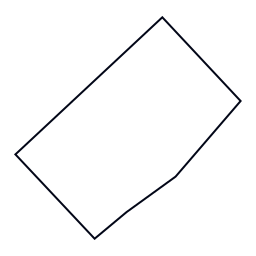 Rupea, Brasov, Romania (Mercator projection)
{"feature_id": "2599482B16674200014647", "entity_name": "Rupea", "entity_type": "district", "adm_level": 2, "iso_a3": "ROU", "parent_name": "Romania", "parent_adm1": "Brasov", "projection": "mercator", "projection_center": [25.268, 46.022], "detail": "fine", "context": "isolated", "style": "outline", "palette": "ink", "viewbox_px": 256, "rotation_deg": 0, "n_neighbors": 0, "source": "geoboundaries", "source_scale": "gbopen_adm2", "svg_char_len": 208}
<svg xmlns="http://www.w3.org/2000/svg" viewBox="0 0 256 256"><path d="M126.4,212.2L175.6,176.6L240.6,101.0L162.3,17.3L15.4,154.4L94.6,238.7L126.4,212.2Z" fill="none" stroke="#020617" stroke-width="2"/></svg>